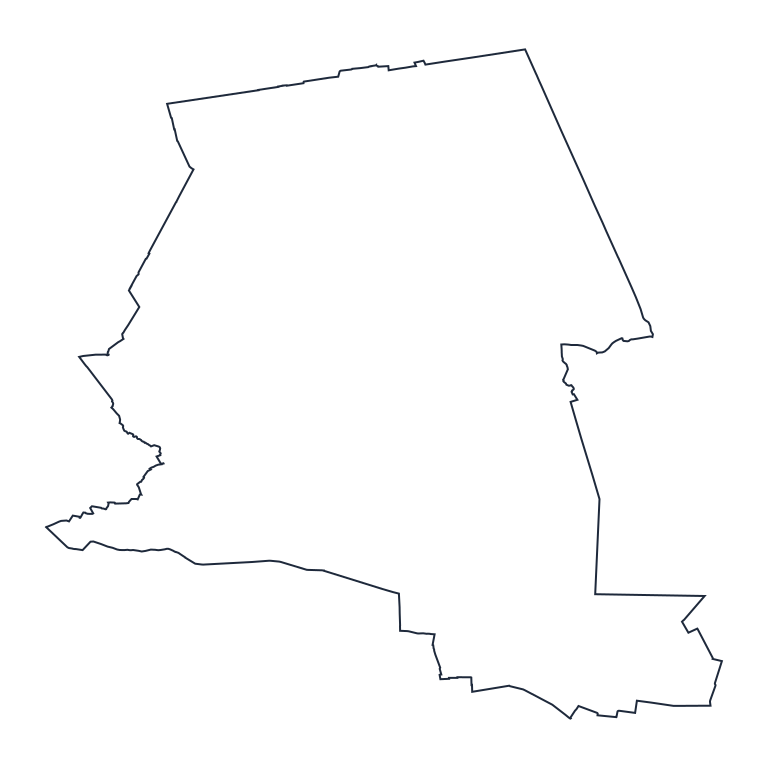 the district of Dalfsen, Overijssel, Netherlands
{"feature_id": "6326949B30235192202446", "entity_name": "Dalfsen", "entity_type": "district", "adm_level": 2, "iso_a3": "NLD", "parent_name": "Netherlands", "parent_adm1": "Overijssel", "projection": "equal_earth", "projection_center": [6.266, 52.512], "detail": "fine", "context": "isolated", "style": "outline", "palette": "slate", "viewbox_px": 768, "rotation_deg": 0, "n_neighbors": 0, "source": "geoboundaries", "source_scale": "gbopen_adm2", "svg_char_len": 5953}
<svg xmlns="http://www.w3.org/2000/svg" viewBox="0 0 768 768"><path d="M46.1,527.1L67.3,547.2L68.8,548.0L72.5,548.6L72.9,548.8L75.1,549.1L75.5,549.0L82.6,550.1L90.5,541.7L93.4,541.5L101.2,544.1L107.6,546.6L112.6,547.8L117.1,549.5L119.8,550.0L124.2,550.1L127.4,549.8L129.9,550.2L131.1,550.2L133.1,550.0L138.5,550.8L141.7,551.5L145.6,550.9L150.8,549.6L155.2,549.8L157.2,550.1L158.5,550.2L160.6,550.0L164.9,549.3L166.8,548.8L168.3,548.8L170.2,549.4L173.5,550.9L174.4,551.5L175.5,552.0L175.7,551.9L178.5,552.9L180.2,554.1L185.2,557.4L185.2,557.6L195.2,563.7L201.7,564.5L203.1,564.6L252.0,562.0L269.4,560.7L270.9,560.8L279.3,561.6L281.0,562.0L306.7,569.8L308.2,569.9L321.7,570.3L323.7,570.5L323.9,570.5L323.9,570.8L325.9,571.4L382.4,589.0L393.0,592.1L398.9,593.6L399.6,607.2L399.7,613.3L400.1,625.6L400.0,625.8L400.1,630.8L407.2,631.1L408.7,631.3L416.9,633.3L418.1,633.5L423.2,633.3L426.7,633.8L427.3,633.7L430.0,633.8L430.4,634.0L434.6,634.3L432.6,644.8L432.9,644.8L433.2,645.1L433.5,647.2L433.6,648.4L434.1,649.3L434.2,650.8L435.3,654.5L440.2,667.7L439.7,668.8L441.3,674.5L439.8,674.7L439.6,674.8L440.4,679.2L449.1,678.8L449.0,677.9L457.4,677.9L457.4,677.2L470.9,677.3L471.0,677.5L471.3,677.6L471.5,685.0L472.0,684.9L472.2,691.8L509.3,685.7L510.0,686.2L523.1,689.4L524.6,690.1L552.3,704.7L565.4,714.8L568.8,717.6L570.3,718.6L570.8,718.3L570.5,717.9L570.6,717.4L575.0,710.7L576.5,709.1L578.5,706.0L596.9,712.8L597.4,713.1L597.7,713.6L597.5,715.3L616.0,717.1L616.0,716.8L616.5,716.8L617.5,711.6L617.7,711.2L618.5,710.8L619.5,710.8L635.1,712.9L636.9,700.7L651.3,702.6L673.7,705.9L710.5,705.7L710.0,702.0L710.0,701.3L710.2,700.4L715.5,685.6L715.5,685.0L714.9,683.9L714.9,683.2L721.9,661.1L712.6,658.9L712.8,658.3L712.7,657.9L697.6,629.0L697.3,628.6L688.4,632.7L682.0,621.7L683.3,620.4L684.0,619.9L704.6,596.0L595.2,594.2L599.5,499.1L592.6,475.7L581.2,438.3L575.4,418.5L570.6,401.9L577.4,399.8L573.9,394.2L572.7,394.4L571.6,391.9L571.6,391.6L572.1,391.2L572.1,390.5L573.3,389.7L573.8,389.0L573.6,388.1L573.2,387.4L571.6,385.6L571.4,385.2L570.9,385.2L570.0,385.6L568.8,385.7L566.4,384.7L566.0,383.6L563.8,381.8L563.3,381.1L563.3,380.3L563.5,380.2L563.2,379.6L563.6,379.1L564.4,377.3L567.9,369.2L567.7,368.6L567.5,367.3L566.8,365.7L566.8,365.1L565.9,363.8L564.9,363.1L563.1,361.5L562.5,360.5L562.8,359.1L561.9,356.4L561.8,353.9L561.7,352.6L561.7,351.2L561.6,348.6L561.3,344.5L564.4,344.3L568.5,344.6L571.2,345.0L577.4,345.0L581.1,345.5L583.2,345.9L594.8,350.6L596.0,351.4L596.6,352.0L596.8,352.3L596.9,353.3L598.2,352.6L602.3,352.4L604.8,351.4L608.7,348.1L611.2,344.7L612.3,343.4L613.9,342.2L615.9,340.9L620.8,338.6L621.7,338.2L622.4,338.4L622.7,339.9L623.5,340.9L627.5,341.3L628.8,341.0L629.9,340.0L631.2,339.4L631.9,339.3L633.1,339.3L637.7,338.6L649.8,336.5L651.2,336.6L652.4,337.0L652.9,334.2L650.9,330.9L650.3,326.1L648.5,322.3L645.5,320.4L644.8,319.8L643.7,318.6L643.1,317.5L640.6,309.1L635.9,297.3L631.6,287.4L618.5,258.1L618.0,257.2L606.3,231.3L602.7,223.0L594.7,205.5L583.2,179.4L575.6,162.6L561.4,131.1L541.3,85.6L539.1,80.8L536.4,74.5L536.2,74.2L525.1,49.4L472.4,57.5L445.4,61.5L425.4,64.6L424.7,62.9L423.5,60.7L417.8,62.0L414.5,62.6L416.0,66.1L412.8,66.4L405.4,67.7L398.8,68.6L388.7,70.3L388.3,66.1L378.4,66.7L378.4,66.4L376.1,65.4L376.1,65.1L375.7,65.4L370.6,66.2L370.2,66.3L370.3,66.4L369.1,66.6L368.3,67.1L360.3,68.1L352.4,68.8L352.4,69.0L352.1,69.1L351.2,69.5L340.7,70.7L339.9,71.2L339.6,71.6L338.2,76.7L329.2,77.7L303.8,81.6L303.7,81.7L303.5,83.2L286.9,85.7L286.8,85.3L282.6,85.6L282.6,85.8L278.2,86.5L278.3,86.9L258.4,89.9L258.5,90.2L167.1,103.8L171.1,117.8L171.8,118.1L174.2,129.4L174.7,129.3L177.2,140.9L177.8,141.3L189.5,166.6L191.6,168.3L193.5,169.4L179.3,196.0L176.5,201.5L176.4,202.0L176.0,202.2L150.1,250.2L148.6,253.2L149.0,253.4L149.8,252.9L146.5,258.7L145.8,258.8L138.5,272.4L138.6,274.2L138.4,274.5L136.6,276.0L130.5,287.2L130.8,287.1L128.9,290.5L139.3,307.0L128.2,325.1L124.9,330.0L123.3,332.8L123.0,332.9L122.2,334.1L122.9,337.9L123.5,338.9L120.0,341.2L118.3,342.1L109.0,349.0L108.2,351.8L107.9,351.9L107.4,354.3L108.6,354.6L108.5,355.0L107.2,355.3L105.5,354.6L95.4,354.7L83.1,356.0L79.2,356.9L84.6,364.1L86.2,366.1L87.3,367.2L111.9,399.4L112.4,400.5L112.0,401.2L112.0,401.5L112.8,402.4L113.2,403.6L113.0,404.9L112.6,405.5L112.7,406.1L111.4,407.6L113.1,409.1L116.7,413.4L119.1,415.8L120.1,419.5L120.0,420.9L119.6,423.1L120.4,423.4L122.8,425.2L123.2,426.0L122.9,427.4L123.6,429.3L124.3,430.7L125.2,431.2L126.5,431.6L126.9,432.1L127.6,433.4L127.8,433.6L128.3,433.7L129.4,432.8L132.8,434.2L133.2,434.6L133.3,435.0L133.0,436.1L133.5,436.7L134.2,436.9L135.6,436.4L136.2,436.4L136.8,436.8L137.1,438.2L137.7,438.9L138.3,439.0L139.3,439.0L139.8,439.2L140.6,439.8L141.1,440.0L141.5,440.7L142.1,441.2L142.9,441.6L143.7,441.7L144.7,442.8L145.2,442.6L145.5,442.7L146.6,443.6L147.9,444.1L149.3,445.2L150.2,445.6L151.0,446.4L154.2,445.2L158.8,446.6L159.6,447.1L159.8,447.3L160.2,448.4L160.0,448.9L160.0,449.7L159.4,451.2L159.3,451.6L160.3,452.7L160.7,453.4L160.6,453.8L160.1,454.5L160.3,455.2L156.6,456.5L161.0,463.9L163.4,463.3L163.5,463.5L161.2,464.1L161.3,464.3L158.2,464.7L155.7,465.6L153.7,466.8L151.4,467.6L149.8,468.6L150.8,469.5L147.7,471.1L147.2,471.8L143.5,476.9L144.0,477.3L144.1,477.7L143.2,479.0L142.0,480.0L141.2,481.7L141.0,481.8L140.2,481.8L137.2,484.1L137.1,484.4L137.1,484.7L138.8,487.3L140.9,493.9L141.3,494.6L140.0,494.5L139.8,494.6L137.7,499.4L136.5,499.0L131.5,499.0L129.0,501.8L128.5,503.0L126.2,503.3L115.1,503.6L114.9,503.5L114.8,502.7L114.6,502.6L110.3,502.4L108.1,502.6L108.6,503.5L108.2,505.5L108.0,506.2L106.4,508.3L106.2,509.1L105.8,509.3L105.3,509.2L103.7,508.6L101.7,508.4L101.1,507.8L92.9,506.4L91.9,506.3L90.2,508.0L93.2,513.4L92.3,513.9L91.1,513.9L87.7,513.8L85.7,513.2L85.4,512.7L83.4,512.5L82.6,513.7L80.5,517.5L80.0,517.9L79.6,517.7L79.8,516.9L79.6,516.8L72.8,515.6L69.0,521.4L66.5,520.5L61.1,520.9L58.9,521.7L53.5,524.2L46.9,526.9L46.3,526.9L46.1,527.1Z" fill="none" stroke="#1e293b" stroke-width="2"/></svg>